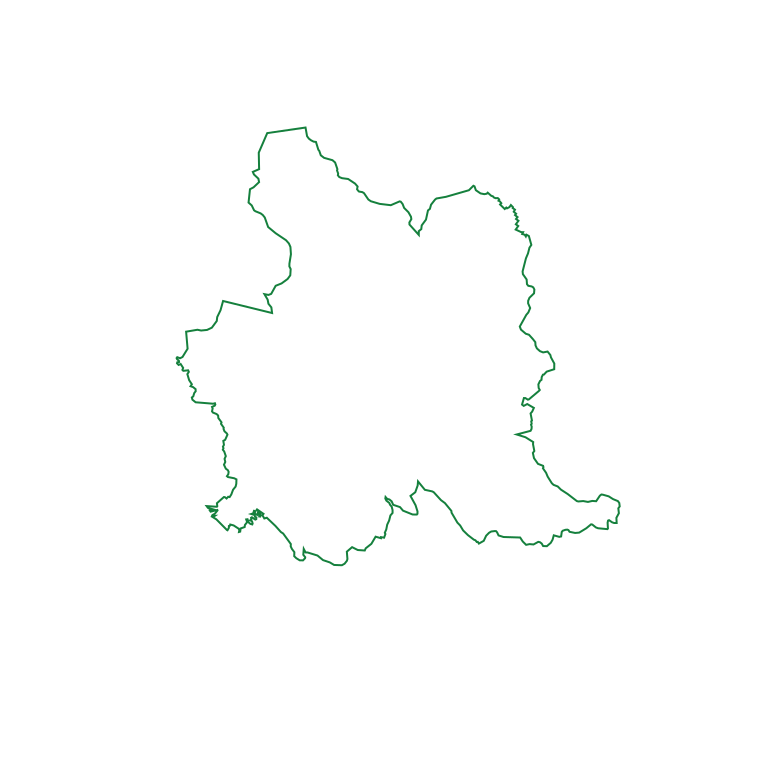 the district of Tlaola, Puebla, Mexico, rotated 316°
{"feature_id": "50627088B3423694418611", "entity_name": "Tlaola", "entity_type": "district", "adm_level": 2, "iso_a3": "MEX", "parent_name": "Mexico", "parent_adm1": "Puebla", "projection": "equal_earth", "projection_center": [-97.92, 20.163], "detail": "fine", "context": "isolated", "style": "outline", "palette": "green", "viewbox_px": 768, "rotation_deg": 316, "n_neighbors": 0, "source": "geoboundaries", "source_scale": "gbopen_adm2", "svg_char_len": 6154}
<svg xmlns="http://www.w3.org/2000/svg" viewBox="0 0 768 768"><g transform="rotate(316 384 384)"><path d="M468.5,635.8L470.6,633.0L470.9,630.7L468.8,625.9L467.6,620.9L464.5,615.6L463.6,614.5L461.7,614.3L455.2,615.7L452.6,612.8L448.8,610.5L446.0,606.6L442.2,603.5L441.4,602.2L439.7,590.7L437.9,582.9L437.8,578.4L435.9,574.3L435.8,571.9L437.4,564.3L438.9,560.5L439.8,555.0L440.9,554.6L441.6,553.4L439.3,548.4L440.4,541.5L443.2,537.0L445.6,536.6L449.4,530.8L451.0,529.4L448.8,520.6L444.4,512.5L456.9,519.5L458.9,518.8L460.6,517.3L461.5,515.4L462.6,515.2L464.0,513.1L465.0,513.1L469.0,507.0L471.4,506.8L475.2,505.3L473.1,497.9L469.3,496.8L469.0,494.7L474.9,491.3L475.9,492.3L476.6,495.2L477.5,495.7L490.5,496.6L491.9,496.5L492.5,494.3L494.8,491.5L498.3,490.2L500.2,490.4L502.2,488.6L504.8,487.7L505.6,488.3L509.6,488.1L516.7,491.6L520.7,487.6L522.6,480.8L523.8,478.7L524.2,474.3L520.4,471.8L519.0,468.7L518.7,464.6L519.8,461.5L521.9,459.0L522.3,455.1L522.5,449.3L520.9,446.3L520.3,440.0L521.6,437.0L534.4,433.1L537.5,432.8L541.9,430.9L543.7,426.1L545.5,424.3L548.6,423.0L554.9,423.0L557.8,420.5L558.5,418.2L558.0,416.4L556.0,413.6L556.2,411.5L559.2,407.9L560.2,401.5L561.9,399.3L573.4,392.2L578.3,390.1L583.3,387.0L586.6,386.3L591.0,378.2L590.2,375.6L588.5,376.4L588.9,374.4L587.6,372.1L589.5,371.4L588.2,370.1L586.0,364.4L590.3,363.6L589.8,360.7L594.1,360.0L593.6,357.0L596.0,356.7L595.6,353.5L597.3,353.3L597.0,350.2L599.3,349.6L598.8,346.8L599.6,346.4L599.6,343.4L597.1,343.9L594.5,343.1L594.5,342.0L592.4,342.0L592.2,335.5L594.0,335.4L594.2,332.9L593.7,331.7L595.1,331.2L595.0,329.3L593.3,327.8L592.6,326.1L592.7,324.6L591.9,323.2L591.5,318.4L590.1,318.5L588.0,317.1L585.8,313.9L584.7,308.4L586.4,304.7L586.0,303.5L579.7,303.6L558.6,292.4L550.6,287.0L548.8,286.8L542.4,287.7L538.7,289.9L536.2,289.7L528.4,294.9L521.3,296.1L518.4,298.5L515.2,298.2L512.6,300.9L513.1,287.0L514.5,285.4L518.2,284.4L519.6,282.4L520.9,277.4L520.8,271.3L522.4,267.5L522.7,264.5L522.1,263.5L513.1,260.1L506.0,251.4L501.5,243.4L500.9,240.4L502.2,232.8L501.7,230.9L499.7,228.2L499.7,226.9L499.9,225.2L502.2,223.6L502.4,219.7L500.6,211.6L496.8,206.8L495.6,204.1L495.8,201.8L497.2,200.8L498.6,197.7L499.7,197.1L502.7,190.7L502.4,187.2L498.0,179.7L497.4,175.6L499.4,171.3L499.5,169.9L503.2,162.6L501.7,160.7L500.8,158.0L500.4,155.3L500.8,152.3L505.7,145.0L474.3,122.4L454.6,130.6L443.4,142.7L437.0,140.3L436.0,142.9L436.3,149.0L434.4,152.0L426.8,151.9L422.9,150.8L412.6,159.4L412.9,163.7L411.2,168.8L411.5,170.4L413.8,175.6L414.2,178.2L413.9,181.4L409.7,190.6L410.8,200.3L413.4,212.5L413.2,216.9L411.9,220.4L407.2,226.0L399.6,231.7L397.6,233.7L396.7,236.5L392.1,240.7L387.6,241.5L380.2,240.5L374.3,238.1L365.5,240.8L362.8,239.7L360.4,236.3L358.9,242.5L356.6,246.0L356.2,250.6L352.8,255.2L325.9,212.5L317.6,217.4L310.5,220.0L307.5,222.5L299.3,223.9L294.3,222.2L289.6,218.5L287.5,215.4L278.0,208.9L267.2,222.2L257.8,224.6L255.2,223.8L253.9,221.1L252.8,221.3L252.4,222.5L252.6,224.8L251.9,225.8L250.4,224.8L249.5,225.3L249.5,227.6L251.6,228.4L250.7,232.9L248.8,233.8L248.8,235.1L252.6,238.1L252.0,239.7L249.4,240.3L246.5,245.9L245.6,250.7L243.3,251.2L244.5,253.6L244.9,256.8L243.5,258.4L241.2,258.7L238.2,260.4L236.4,260.2L235.3,262.2L235.8,266.3L247.4,279.5L249.0,280.4L248.4,281.6L247.2,282.0L244.4,281.0L243.7,282.6L241.3,284.2L241.1,285.7L242.7,289.3L242.8,291.4L241.2,293.4L240.5,298.7L239.1,299.4L238.4,304.1L237.4,304.8L236.4,307.2L236.6,310.4L236.2,311.7L231.0,313.8L228.9,313.3L226.6,316.6L224.6,317.2L223.9,318.7L222.4,319.3L222.2,321.5L220.1,326.0L217.3,327.1L215.7,329.8L212.8,330.9L211.4,335.0L211.8,337.6L211.2,339.3L209.2,340.8L207.0,341.2L207.1,342.5L210.8,347.8L211.6,350.1L208.4,353.2L206.0,354.7L202.0,355.2L197.4,357.4L194.4,358.1L193.6,356.9L191.2,357.0L190.9,354.8L190.3,354.1L181.0,353.7L179.2,356.1L178.5,356.2L171.6,348.6L171.3,350.8L173.9,355.3L170.9,353.8L170.6,355.4L176.6,358.8L176.4,359.3L172.2,359.8L169.5,359.1L168.5,359.5L170.6,361.3L168.4,360.9L169.4,364.9L169.6,380.0L169.8,380.5L172.5,379.7L173.8,378.4L174.7,378.9L175.8,378.3L177.6,381.3L178.9,387.0L178.5,388.6L176.9,389.7L178.0,390.3L180.5,388.3L184.4,390.1L186.0,388.8L189.6,388.3L190.8,385.7L191.9,386.5L190.5,389.6L190.7,391.8L191.7,393.5L192.6,393.1L193.7,391.1L193.1,389.1L194.6,389.2L195.4,387.9L196.4,388.1L197.2,392.1L198.2,392.5L199.5,391.3L199.0,389.9L199.9,388.4L198.2,385.3L200.0,386.2L202.4,384.9L203.3,386.2L201.4,386.9L201.1,388.1L201.8,390.0L203.2,389.3L203.2,391.4L202.2,392.6L202.9,393.4L204.0,392.9L204.9,391.4L205.4,385.1L207.1,393.7L205.4,393.9L204.5,397.6L206.8,398.8L207.3,410.7L207.0,418.9L207.6,421.5L205.8,434.4L204.1,436.0L203.2,438.6L202.7,442.7L199.8,445.5L199.9,448.4L200.9,452.3L203.2,454.6L206.2,454.5L207.0,453.9L207.3,450.8L211.7,446.9L210.6,450.7L212.0,452.1L217.0,461.2L217.8,468.3L221.1,474.7L222.4,479.5L227.8,485.1L230.8,485.9L234.5,485.4L236.1,484.5L240.8,478.8L247.7,479.2L249.8,485.2L254.5,490.4L256.7,489.5L263.9,490.2L271.9,488.0L274.7,492.8L275.5,492.1L277.3,494.6L280.8,492.9L281.2,491.6L284.6,490.2L288.6,487.4L292.8,485.8L297.3,483.0L300.6,482.7L302.6,480.6L304.3,477.6L304.5,474.8L305.2,473.5L304.7,469.5L305.4,467.3L306.6,466.4L306.5,468.8L307.7,470.9L308.0,473.7L306.7,477.3L310.0,483.7L309.7,488.3L313.9,497.7L316.9,500.7L317.9,500.6L319.6,498.9L322.5,493.1L325.3,482.9L331.3,483.6L337.7,480.4L340.8,477.7L339.9,488.5L344.1,494.8L344.6,496.4L344.3,507.1L345.1,512.0L344.3,522.1L343.2,523.5L340.5,534.7L340.5,538.7L339.2,544.3L339.4,551.0L340.5,558.4L341.2,559.9L341.0,562.1L341.8,562.7L341.4,564.7L346.8,566.1L352.1,564.1L356.2,564.0L358.7,564.6L361.6,566.8L362.4,567.7L362.3,569.3L361.2,572.5L363.7,577.1L375.3,589.0L374.4,593.7L374.5,598.4L377.5,600.3L380.1,603.3L385.3,604.7L386.3,606.2L386.6,608.4L385.9,611.1L388.5,613.8L393.6,614.1L397.1,613.1L401.0,610.8L403.9,615.7L405.5,616.7L409.1,613.9L410.6,613.7L413.2,614.9L414.7,616.1L415.2,617.2L414.8,619.2L418.0,623.9L421.2,626.5L429.3,628.3L435.5,628.8L436.2,629.8L436.8,634.4L437.8,636.5L443.9,643.6L444.7,643.5L448.5,639.1L450.3,637.9L451.3,638.3L452.0,641.9L453.0,643.9L454.8,645.6L458.2,641.7L463.2,640.1L466.2,636.2L468.5,635.8Z" fill="none" stroke="#15803d" stroke-width="2"/></g></svg>